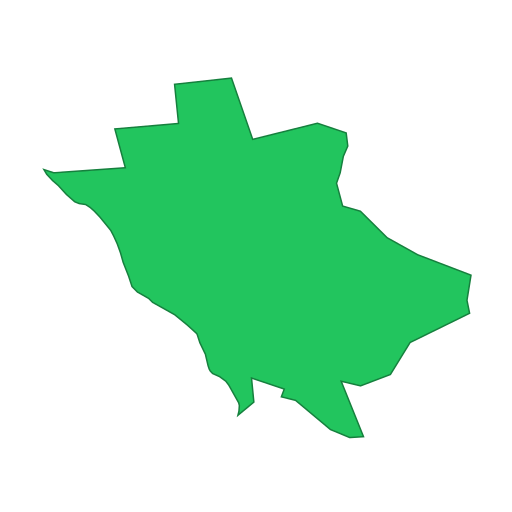 the district of Mercer, New Jersey, United States of America, rotated 3°
{"feature_id": "52423323B46103575279257", "entity_name": "Mercer", "entity_type": "district", "adm_level": 2, "iso_a3": "USA", "parent_name": "United States of America", "parent_adm1": "New Jersey", "projection": "albers", "projection_center": [-74.749, 40.281], "detail": "fine", "context": "isolated", "style": "filled", "palette": "green", "viewbox_px": 512, "rotation_deg": 3, "n_neighbors": 0, "source": "geoboundaries", "source_scale": "gbopen_adm2", "svg_char_len": 1030}
<svg xmlns="http://www.w3.org/2000/svg" viewBox="0 0 512 512"><g transform="rotate(3 256 256)"><path d="M39.7,180.8L42.7,185.3L48.9,191.3L54.8,195.9L63.5,204.5L72.1,211.3L76.7,212.9L83.2,213.5L87.7,216.1L91.9,219.4L98.0,225.2L109.6,238.0L112.9,243.6L116.8,251.1L120.5,259.9L123.7,269.3L129.8,282.7L133.8,293.0L139.5,298.2L151.1,304.0L155.2,307.7L177.9,318.9L191.1,328.6L200.4,336.2L201.3,337.2L204.5,345.6L210.2,356.0L210.5,356.4L213.9,368.1L215.2,371.4L216.4,373.3L218.5,375.3L218.8,375.6L226.0,378.4L232.4,382.6L235.6,386.4L246.4,403.5L247.2,406.2L247.1,411.8L246.3,416.0L261.5,402.0L257.9,378.1L291.2,387.4L288.7,395.3L303.1,398.1L339.4,425.4L359.1,432.4L372.8,430.8L347.6,376.6L367.2,380.2L396.4,367.3L414.4,334.3L472.3,302.0L469.0,289.2L471.7,263.9L417.4,246.3L386.0,230.9L357.9,205.8L339.9,201.6L332.6,179.1L335.7,168.5L338.0,151.9L341.9,141.4L339.6,128.4L310.4,120.2L246.6,139.7L222.2,79.6L165.7,88.8L171.7,127.7L108.4,136.5L120.9,174.7L49.7,183.5L39.7,180.8Z" fill="#22c55e" stroke="#15803d" stroke-width="1.5"/></g></svg>